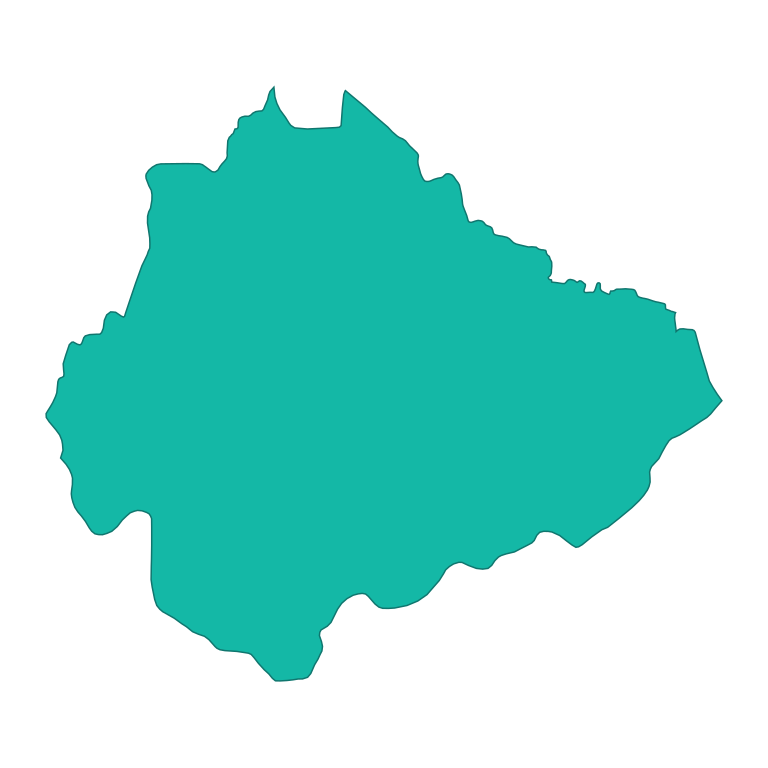 outline of Phu Hoa, Phú Yên, Vietnam
{"feature_id": "81297802B95398881806036", "entity_name": "Phu Hoa", "entity_type": "district", "adm_level": 2, "iso_a3": "VNM", "parent_name": "Vietnam", "parent_adm1": "Phú Yên", "projection": "robinson", "projection_center": [109.194, 13.068], "detail": "fine", "context": "isolated", "style": "filled", "palette": "teal", "viewbox_px": 768, "rotation_deg": 0, "n_neighbors": 0, "source": "geoboundaries", "source_scale": "gbopen_adm2", "svg_char_len": 6000}
<svg xmlns="http://www.w3.org/2000/svg" viewBox="0 0 768 768"><path d="M721.9,400.7L717.3,394.3L713.0,387.6L709.3,381.0L706.9,372.7L699.9,349.7L695.2,332.2L694.0,330.5L692.3,329.7L687.5,329.4L683.3,328.8L679.8,329.0L677.6,330.2L676.1,331.6L675.9,328.6L675.6,326.5L675.3,323.9L674.8,320.3L674.6,317.8L675.0,313.9L675.6,312.6L672.3,311.5L671.6,311.5L669.3,310.4L666.7,309.5L665.7,309.0L665.5,307.7L665.4,304.9L664.7,303.9L663.5,303.5L658.6,302.3L655.8,301.8L652.5,300.8L647.8,299.2L644.8,298.5L642.9,298.2L639.9,297.4L638.1,296.6L638.0,296.4L637.2,295.4L636.3,293.1L635.5,291.4L634.7,290.2L633.6,289.6L631.9,289.3L625.5,288.8L620.7,289.1L616.6,289.2L615.9,289.5L614.1,290.7L611.9,291.1L610.8,291.0L610.3,291.9L609.9,293.5L609.5,294.1L609.1,294.4L607.8,294.0L604.6,292.6L601.8,291.1L600.5,289.4L600.3,288.2L600.3,285.3L600.1,283.6L599.2,282.9L598.2,282.9L597.6,283.1L596.9,284.1L595.4,288.9L594.3,291.3L593.8,291.8L593.1,292.4L590.0,292.3L585.8,292.6L584.5,292.2L584.0,291.1L584.1,290.1L585.2,286.6L585.4,285.2L585.3,284.3L584.2,283.5L582.6,282.1L581.0,281.0L579.6,280.8L578.3,281.6L577.4,282.3L576.8,282.3L575.6,281.4L574.5,280.6L572.9,280.0L570.6,279.5L569.1,279.6L567.6,280.4L566.1,282.2L565.4,282.9L564.4,283.6L562.1,283.5L556.2,282.6L551.7,282.1L551.6,281.0L551.4,279.9L550.4,279.8L549.4,279.5L548.6,278.7L548.3,278.0L548.3,277.3L549.3,276.4L550.3,275.4L550.9,274.1L551.3,272.9L551.4,270.6L551.8,266.3L551.7,262.7L551.4,261.4L550.7,260.3L550.2,259.2L549.4,256.8L549.0,256.2L547.6,255.1L547.0,254.3L546.3,252.8L546.1,251.3L545.6,250.4L543.2,249.9L541.4,249.8L538.7,249.1L536.6,247.6L536.2,247.2L531.8,246.8L528.5,247.0L524.3,246.0L519.2,244.8L516.1,244.0L513.9,242.9L513.5,242.7L511.8,241.1L509.3,238.7L507.1,237.4L502.1,236.2L498.7,235.7L495.8,235.0L494.3,234.4L493.3,232.8L492.6,229.8L491.7,227.8L490.3,226.8L487.0,225.6L485.5,224.7L483.9,222.6L482.4,221.3L480.9,220.8L478.1,220.4L475.2,221.1L472.3,222.1L471.1,222.4L469.3,222.1L468.2,220.9L466.7,215.5L464.3,209.4L463.1,206.2L462.6,204.2L462.1,199.1L461.3,193.9L460.3,189.3L459.4,185.1L458.1,182.8L455.6,179.5L453.9,176.9L452.3,175.2L450.7,174.4L448.8,173.8L447.1,173.8L445.7,174.2L444.1,175.7L442.6,177.1L440.9,177.7L437.9,178.2L433.9,179.4L430.6,180.9L429.0,181.4L426.8,181.5L424.9,181.1L423.4,179.5L421.8,176.5L420.6,173.7L419.4,169.2L418.3,165.3L418.0,163.8L417.8,161.3L418.1,158.2L418.4,156.4L418.3,155.1L417.2,153.1L413.2,149.2L409.6,145.8L405.5,140.8L402.7,138.9L399.3,137.5L397.3,136.2L392.3,131.9L387.8,127.1L379.4,119.9L371.6,113.1L365.4,107.3L345.4,90.6L345.1,91.0L343.8,94.5L342.4,107.6L341.1,125.6L339.4,127.2L335.6,127.6L307.4,129.0L294.7,127.9L290.8,125.4L288.9,122.9L285.5,117.4L280.0,109.9L276.9,103.5L274.9,97.0L273.9,87.2L270.0,91.5L268.7,95.0L267.6,99.9L264.9,106.0L263.6,109.3L261.9,110.9L259.0,111.1L255.8,111.6L252.9,113.1L250.7,115.2L248.5,116.3L244.9,116.2L241.9,117.0L240.0,118.0L238.8,119.6L238.2,122.3L238.1,127.5L236.9,128.8L235.0,129.0L233.2,133.6L231.7,134.7L230.5,136.3L229.3,137.3L227.8,140.8L227.5,145.9L227.1,152.7L227.3,156.0L226.5,158.7L224.6,161.1L221.9,164.0L219.9,166.7L218.1,169.9L216.4,171.2L214.9,172.0L213.5,171.9L212.0,171.6L208.9,169.4L205.6,166.9L204.4,166.1L202.5,164.7L199.6,163.8L185.7,163.6L160.8,163.9L156.6,164.7L152.4,167.1L148.7,170.3L146.2,174.1L145.9,175.9L146.1,178.4L148.9,185.8L151.3,190.4L152.0,194.7L151.9,200.2L150.5,208.3L148.7,211.9L147.6,216.2L147.5,223.0L149.7,237.9L149.9,243.6L149.8,248.2L148.3,251.4L147.2,254.8L145.1,259.2L141.9,265.8L135.6,283.3L128.9,303.1L125.6,313.0L124.6,316.3L123.6,317.1L121.4,316.2L115.7,312.3L113.0,312.0L110.6,311.9L106.7,314.9L104.4,320.2L103.3,328.3L101.6,332.6L99.8,334.2L96.9,334.2L89.7,334.6L85.3,335.9L83.8,337.7L82.1,342.5L81.2,344.1L79.9,344.9L77.5,344.3L73.2,342.0L71.7,342.3L69.3,344.7L65.7,355.4L63.2,363.8L63.6,369.8L64.0,373.8L63.7,376.3L62.2,377.3L60.2,378.0L58.7,379.3L57.9,381.7L56.8,392.8L55.5,396.6L52.8,402.5L50.3,406.8L47.8,410.8L46.1,413.7L46.3,417.5L49.2,421.8L55.9,429.8L59.7,435.0L61.8,440.2L62.5,444.0L63.0,450.3L60.6,458.0L66.1,464.3L69.5,469.5L71.6,474.5L72.5,478.1L72.4,484.6L71.6,490.4L71.3,493.9L71.8,497.8L73.0,502.4L74.9,507.4L78.0,512.1L81.4,516.0L85.5,521.5L89.3,527.9L91.7,531.2L94.9,533.8L98.5,534.6L102.5,534.7L106.9,533.4L111.8,531.3L117.3,526.5L122.3,520.0L126.8,515.7L130.2,512.8L134.3,511.2L137.5,510.4L142.1,510.8L146.8,512.5L149.2,513.9L149.7,514.7L150.6,516.1L151.6,518.6L151.7,527.9L151.7,545.5L151.5,559.2L151.3,566.3L151.1,579.7L152.2,587.1L154.7,599.5L156.8,605.5L159.8,609.2L162.7,611.7L174.2,618.2L181.9,623.8L186.3,626.6L192.6,631.7L198.4,634.2L204.5,636.3L208.9,639.6L215.1,646.6L217.0,648.3L219.9,649.7L224.8,650.6L236.8,651.4L244.8,652.6L248.5,653.2L251.2,654.4L254.1,657.7L258.4,663.3L264.2,669.7L268.8,673.9L272.4,678.3L275.4,680.8L280.1,680.9L286.9,680.5L293.1,679.8L298.0,679.0L302.6,678.9L307.6,677.3L310.8,673.5L314.6,664.8L318.1,658.9L320.1,654.5L321.9,651.0L322.5,646.4L321.5,641.7L319.4,635.6L319.8,632.3L321.1,629.9L327.3,626.2L331.0,622.4L337.6,609.1L341.6,603.4L347.0,598.6L353.2,595.2L358.1,593.9L359.6,593.7L362.3,593.4L365.6,594.0L368.3,596.3L375.0,604.0L378.9,607.1L382.6,608.3L388.4,608.4L394.7,608.0L407.0,605.5L417.8,601.0L427.0,594.6L433.5,587.1L439.2,580.6L443.5,573.8L445.7,569.8L449.4,566.5L453.6,563.9L458.8,562.3L462.0,562.4L468.6,565.5L476.4,568.4L479.0,568.7L482.7,569.1L488.0,568.4L491.7,565.4L494.5,561.2L495.0,560.5L498.5,557.0L501.2,555.5L506.1,553.9L514.5,551.9L520.6,548.7L527.3,545.3L531.8,542.9L534.2,540.5L536.8,535.3L539.7,532.3L543.7,531.3L548.2,531.4L551.9,532.0L559.7,535.5L566.4,540.8L572.0,545.0L575.9,547.3L576.3,547.2L578.6,546.8L582.3,544.6L591.7,536.9L601.9,529.7L607.7,527.3L618.8,518.5L627.4,511.4L631.7,507.8L639.0,500.8L643.7,495.4L647.4,490.0L649.0,486.5L650.1,482.1L650.0,478.0L649.6,472.0L650.3,469.3L651.6,466.5L658.5,459.0L658.8,458.7L662.1,452.2L665.9,445.4L669.1,440.6L672.0,438.2L675.4,436.9L679.9,434.8L689.5,428.9L701.7,420.7L706.8,417.5L710.6,414.0L715.3,408.3L721.9,400.7Z" fill="#14b8a6" stroke="#0f766e" stroke-width="1.5"/></svg>